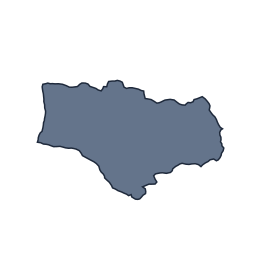 the district of Mateus Leme, Minas Gerais, Brazil, rotated 116°
{"feature_id": "56859067B3328901062770", "entity_name": "Mateus Leme", "entity_type": "district", "adm_level": 2, "iso_a3": "BRA", "parent_name": "Brazil", "parent_adm1": "Minas Gerais", "projection": "equal_earth", "projection_center": [-44.439, -20.031], "detail": "fine", "context": "isolated", "style": "filled", "palette": "slate", "viewbox_px": 256, "rotation_deg": 116, "n_neighbors": 0, "source": "geoboundaries", "source_scale": "gbopen_adm2", "svg_char_len": 2422}
<svg xmlns="http://www.w3.org/2000/svg" viewBox="0 0 256 256"><g transform="rotate(116 128 128)"><path d="M76.2,62.9L74.2,63.4L72.2,64.0L70.6,65.8L69.2,68.6L68.0,71.4L67.3,75.0L69.4,76.9L71.6,78.9L73.5,81.1L75.8,81.0L77.8,82.7L78.7,85.2L80.7,86.2L82.4,86.7L83.5,89.5L83.9,92.2L83.4,95.1L82.6,98.8L83.8,102.7L85.4,105.1L86.7,107.0L88.3,108.3L89.9,109.5L91.7,111.1L93.0,113.0L92.6,115.9L92.3,119.7L93.2,123.0L94.0,125.5L92.3,126.9L90.3,128.6L87.9,130.1L88.5,132.5L88.5,135.6L89.3,139.1L90.0,141.9L91.4,144.7L93.1,146.7L93.0,149.5L91.5,151.0L89.4,153.2L89.3,155.7L89.9,158.5L91.6,160.4L92.7,162.7L94.7,165.8L97.4,165.8L100.2,165.2L101.5,168.1L103.8,167.9L106.4,168.4L106.9,171.4L106.5,174.2L106.8,176.7L107.3,180.4L106.0,183.3L106.4,186.2L107.8,189.2L110.0,190.6L112.9,191.6L114.5,194.0L115.8,196.0L117.0,198.5L117.0,202.1L117.4,206.0L118.7,209.9L120.3,212.9L121.2,215.3L122.3,217.3L122.8,219.8L124.2,221.3L126.0,223.7L128.6,223.2L130.6,221.9L132.3,220.7L134.3,219.1L136.6,217.7L138.8,216.3L141.2,215.2L143.7,213.1L146.4,211.7L148.9,209.5L150.9,208.6L153.4,207.8L156.3,207.1L158.1,206.4L160.1,206.3L162.4,205.4L165.0,204.6L167.0,204.2L168.8,203.8L170.7,204.7L173.4,204.8L176.0,204.4L178.0,203.6L180.5,203.2L179.5,200.0L179.5,197.0L178.5,194.4L177.9,192.1L177.7,189.6L177.4,186.7L175.8,183.7L174.3,181.1L173.8,178.7L173.2,175.4L172.2,172.4L170.9,170.2L170.2,167.7L169.7,165.4L169.7,161.8L171.2,159.0L172.8,156.8L173.0,152.5L173.2,147.6L173.3,143.9L173.8,140.9L175.1,137.5L177.9,135.0L179.3,132.9L180.2,130.1L181.5,128.1L183.1,127.1L183.9,124.7L185.0,120.9L186.9,117.6L188.6,115.6L188.4,112.6L188.7,109.5L188.3,105.7L188.3,103.2L188.1,100.2L188.5,97.8L186.5,96.0L188.3,94.4L188.7,90.2L187.9,88.0L186.6,86.4L184.5,85.7L181.7,85.0L179.3,83.5L177.5,84.1L175.1,85.8L174.5,89.1L171.5,86.5L169.3,84.6L168.2,82.3L166.5,79.1L163.9,78.4L162.2,81.1L159.7,84.0L157.2,83.2L155.8,81.4L154.3,79.4L153.2,77.5L151.9,73.6L149.3,70.3L147.0,69.5L145.1,69.9L143.3,69.1L141.6,68.3L139.4,66.7L137.7,65.7L136.0,63.9L135.1,60.0L134.0,57.2L132.3,54.9L130.6,51.9L130.0,48.6L130.7,45.5L128.4,44.8L125.5,43.2L123.0,41.3L120.6,40.3L118.3,37.4L118.7,34.2L117.1,32.9L114.4,32.3L111.7,32.3L109.8,32.9L106.8,32.5L104.0,33.1L102.8,35.8L101.0,36.8L99.9,38.8L97.9,39.2L95.5,40.5L94.1,42.3L91.7,43.7L89.0,43.7L87.3,42.7L87.0,45.3L85.2,48.2L83.5,50.3L81.6,52.3L79.9,54.8L79.0,57.7L77.7,60.3L76.2,62.9Z" fill="#64748b" stroke="#1e293b" stroke-width="1.5"/></g></svg>